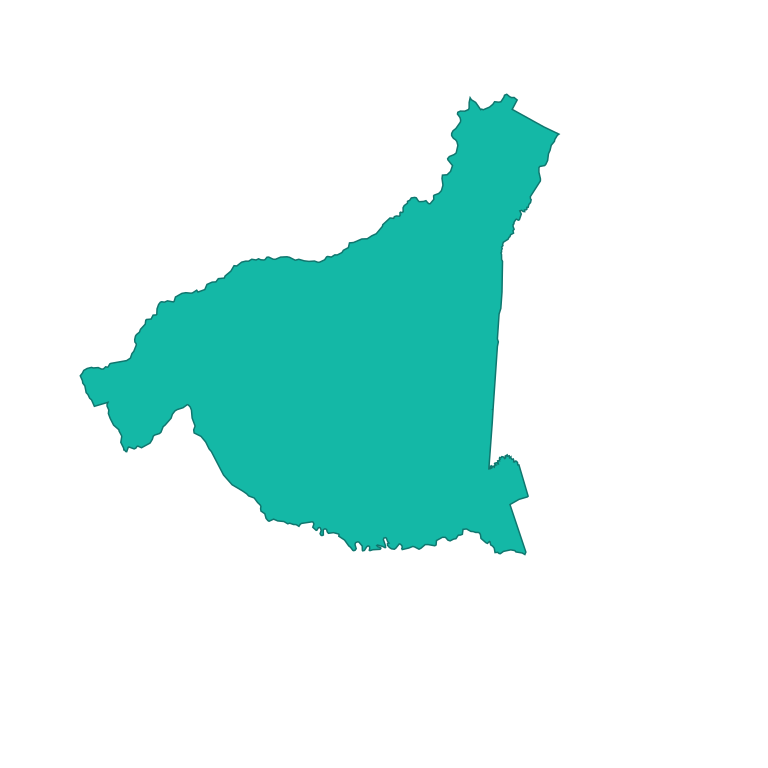 La Troncal, Cañar, Ecuador, rotated 153°
{"feature_id": "8360857B94153717881636", "entity_name": "La Troncal", "entity_type": "district", "adm_level": 2, "iso_a3": "ECU", "parent_name": "Ecuador", "parent_adm1": "Cañar", "projection": "natural_earth1", "projection_center": [-79.383, -2.434], "detail": "fine", "context": "isolated", "style": "filled", "palette": "teal", "viewbox_px": 768, "rotation_deg": 153, "n_neighbors": 0, "source": "geoboundaries", "source_scale": "gbopen_adm2", "svg_char_len": 6159}
<svg xmlns="http://www.w3.org/2000/svg" viewBox="0 0 768 768"><g transform="rotate(153 384 384)"><path d="M629.0,437.3L619.2,437.6L615.5,439.9L613.2,442.3L611.5,442.6L606.5,441.8L604.6,442.3L600.2,446.2L597.6,446.8L589.2,450.2L586.3,453.1L582.5,454.9L580.0,455.1L573.8,454.1L568.7,454.9L567.9,454.2L567.1,451.6L567.4,448.2L570.4,440.8L571.4,432.3L574.4,429.5L575.4,426.6L570.8,420.4L569.2,413.2L569.3,405.5L568.5,402.2L568.3,375.8L565.1,363.2L558.7,353.1L556.2,348.5L555.4,345.7L551.4,341.4L550.4,335.7L549.2,332.3L549.3,330.7L550.6,328.9L551.3,326.6L549.1,322.5L550.1,317.8L549.4,314.9L548.7,313.9L543.7,313.7L540.9,310.3L535.6,306.9L533.2,303.1L531.2,302.8L528.4,299.9L526.1,298.6L524.4,295.8L522.2,297.1L520.7,297.2L510.5,293.8L509.9,292.9L510.0,291.1L512.5,288.7L510.9,284.4L510.2,284.2L507.7,285.7L506.7,285.5L506.1,284.6L506.4,282.1L508.9,279.6L508.8,277.9L508.1,277.1L506.6,277.0L504.2,281.8L502.3,281.8L501.2,280.4L501.7,278.0L501.3,276.2L496.5,274.5L492.5,270.9L492.4,270.2L493.4,268.9L490.0,262.9L488.9,255.7L488.0,253.8L487.3,249.9L486.6,249.2L485.2,249.0L483.5,249.9L482.8,253.9L481.9,255.1L481.1,255.5L479.0,255.3L478.1,254.4L477.0,249.5L478.8,245.6L478.7,245.0L477.0,244.6L473.3,246.8L471.6,247.0L470.7,245.8L471.4,243.9L472.6,242.6L472.2,241.9L469.2,241.4L462.6,238.5L461.6,238.8L461.3,239.6L463.4,241.8L463.8,243.4L462.9,243.5L458.9,239.8L457.4,237.7L456.8,237.6L456.0,239.8L455.2,245.7L454.0,246.8L452.4,246.4L451.9,245.6L452.3,241.8L451.8,240.0L453.3,240.2L454.1,238.7L453.4,235.9L452.2,233.8L449.8,232.1L448.1,232.3L443.0,234.6L442.1,233.8L441.5,231.9L441.8,230.3L442.9,229.3L442.9,228.2L436.4,226.6L432.1,226.2L430.8,225.1L427.8,220.9L425.6,220.9L420.2,222.2L417.6,220.9L412.2,216.8L410.7,216.9L408.3,220.7L401.5,220.9L398.9,219.5L397.9,215.8L396.3,214.2L392.4,214.2L390.1,213.5L386.4,215.6L384.5,214.7L382.4,214.5L379.6,218.6L376.3,217.4L373.5,213.2L371.5,212.0L369.7,210.1L367.5,209.0L366.5,207.8L366.5,205.9L367.7,202.4L365.3,196.4L364.2,195.0L361.6,195.8L361.2,195.3L362.0,192.2L360.8,190.2L360.3,187.7L361.6,183.4L359.1,182.4L358.4,180.7L357.4,180.0L353.5,180.6L346.4,178.7L343.1,176.2L342.7,174.5L337.6,170.7L335.9,168.1L333.9,169.8L326.5,219.4L316.0,219.9L307.5,218.3L306.5,218.6L300.5,250.7L301.5,251.2L300.7,253.4L301.0,254.9L301.6,255.6L303.0,255.3L303.8,255.8L303.1,256.7L302.9,258.6L304.2,258.7L304.5,260.5L304.0,261.5L305.6,261.3L305.0,263.2L307.0,263.7L306.5,264.9L308.9,264.7L309.1,263.1L310.2,262.7L310.9,265.0L312.0,265.8L313.1,265.2L314.3,266.0L315.0,265.1L314.8,264.2L316.0,263.8L316.0,263.2L317.6,263.9L318.4,260.8L318.8,261.0L318.7,262.6L321.3,263.1L321.7,262.8L321.0,261.0L322.2,261.3L323.5,259.9L324.1,261.3L325.4,260.7L325.5,262.1L326.0,261.8L326.2,260.3L326.5,260.3L326.7,261.8L327.7,260.3L329.1,260.8L305.1,300.4L298.5,311.6L298.8,312.0L298.1,312.3L265.9,366.0L263.0,369.6L262.5,372.7L249.7,394.1L245.6,398.3L237.1,412.4L222.7,439.5L222.7,441.5L220.5,446.0L220.3,447.7L219.2,448.3L218.8,449.6L217.2,451.0L217.0,452.6L215.2,453.3L215.0,454.4L213.4,456.1L207.6,456.7L206.2,457.9L204.9,458.1L203.5,459.5L200.1,459.6L199.5,462.0L197.8,462.8L197.5,465.8L196.5,467.5L195.5,467.7L194.8,469.0L192.0,470.7L191.1,470.7L190.0,469.0L188.8,468.9L184.5,473.1L184.4,476.6L182.5,476.2L181.7,474.5L180.4,473.7L179.8,475.3L178.3,474.7L177.3,474.9L176.5,476.5L175.3,476.0L173.4,478.2L171.1,479.1L169.2,481.4L169.4,482.5L168.6,484.5L152.5,493.9L151.5,495.7L149.8,502.4L147.7,506.5L146.4,507.1L141.7,505.7L140.2,506.2L136.7,508.9L132.9,514.5L130.0,516.8L126.6,520.8L122.0,522.8L120.8,524.3L116.6,526.9L114.7,527.2L125.0,540.7L145.1,570.5L136.4,576.6L138.0,580.2L140.3,581.3L141.6,582.9L143.1,586.4L145.5,586.6L147.0,585.1L151.7,582.4L153.8,583.0L157.3,585.3L160.0,583.8L164.3,582.8L171.1,583.3L172.2,584.6L173.3,584.5L174.5,593.3L177.1,597.6L177.3,599.9L180.3,596.2L183.0,591.0L184.2,590.2L188.1,590.4L192.1,592.5L194.9,592.6L196.0,591.2L195.3,586.9L195.9,584.3L197.0,582.7L204.0,579.0L207.5,578.3L209.9,576.6L210.9,574.8L210.9,573.6L210.6,571.3L209.4,569.2L209.0,567.0L209.9,563.0L214.8,557.1L217.4,556.6L222.5,557.0L225.0,555.9L225.3,554.7L223.8,547.5L228.2,543.2L232.8,541.8L237.1,543.6L239.0,540.8L241.2,534.4L244.5,530.8L245.7,529.9L248.8,528.9L253.6,529.5L254.4,529.1L255.8,525.9L261.0,523.7L262.0,524.1L262.7,525.4L263.4,528.3L265.8,528.7L269.3,530.2L270.0,530.7L270.4,532.1L270.7,535.2L271.9,536.3L275.2,537.4L277.7,536.0L280.1,536.1L281.0,534.4L285.0,533.8L287.0,532.4L288.7,528.8L290.1,528.6L291.3,529.6L292.0,529.4L293.3,526.8L294.3,526.6L296.7,528.1L298.8,528.4L300.2,527.2L303.3,529.2L312.8,526.5L313.8,525.2L322.7,521.4L327.5,521.6L333.0,521.0L338.0,523.3L346.9,523.9L350.7,525.4L353.8,521.7L359.5,521.6L361.4,520.4L362.5,520.2L367.0,520.2L369.3,521.4L373.3,521.0L376.3,523.2L377.5,523.3L380.5,521.6L386.2,521.8L387.6,522.4L390.1,525.1L395.2,527.3L399.1,529.9L403.3,533.8L406.9,534.6L410.6,539.7L412.7,541.4L418.5,544.0L424.2,544.4L426.1,545.5L429.1,549.4L430.7,550.1L433.7,548.8L434.9,549.1L437.5,550.7L438.9,552.5L441.7,552.6L445.2,555.2L448.9,554.9L451.6,556.3L455.5,557.2L461.6,556.0L463.9,557.5L469.2,554.1L476.5,552.4L478.2,550.9L483.8,553.1L487.4,551.3L490.9,552.8L496.5,553.1L500.8,549.5L508.0,550.4L508.3,552.6L513.2,552.1L514.7,552.5L519.1,555.3L522.9,556.5L530.3,556.2L533.5,552.9L534.5,552.8L539.2,556.4L542.5,556.6L544.7,558.2L546.1,558.4L548.7,557.2L552.1,554.0L554.9,549.1L555.7,549.0L558.4,550.2L562.1,547.6L566.3,549.3L567.3,549.0L569.6,545.7L576.1,543.3L578.4,541.2L582.1,540.4L583.7,539.5L586.0,536.7L586.9,534.5L586.5,532.5L587.0,531.2L592.1,526.7L594.7,525.6L598.2,522.2L602.7,521.7L618.1,526.4L619.2,526.4L622.0,524.5L622.8,524.5L624.2,525.7L627.1,524.8L628.8,525.4L631.2,528.4L635.6,530.2L637.1,531.6L641.4,532.6L645.4,532.4L647.8,530.6L650.9,529.2L651.2,523.8L652.0,521.6L651.4,518.1L653.3,511.5L652.6,509.1L652.7,505.0L651.8,502.6L652.2,495.6L638.3,493.0L640.0,491.6L640.8,490.0L641.0,485.8L643.0,482.8L643.6,477.6L643.6,470.1L641.0,463.6L641.4,462.4L641.3,457.3L641.5,456.3L645.0,451.5L645.1,445.2L645.7,443.3L645.2,443.1L644.7,441.0L644.0,440.5L640.7,443.6L639.9,443.7L636.1,439.6L634.3,439.5L632.4,440.5L631.5,440.4L629.0,437.3Z" fill="#14b8a6" stroke="#0f766e" stroke-width="1.5"/></g></svg>